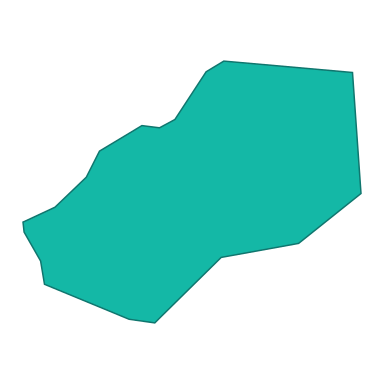 the district of Tonj East, Warrap, South Sudan
{"feature_id": "79223893B19595025939095", "entity_name": "Tonj East", "entity_type": "district", "adm_level": 2, "iso_a3": "SSD", "parent_name": "South Sudan", "parent_adm1": "Warrap", "projection": "orthographic", "projection_center": [29.157, 7.837], "detail": "fine", "context": "isolated", "style": "filled", "palette": "teal", "viewbox_px": 384, "rotation_deg": 0, "n_neighbors": 0, "source": "geoboundaries", "source_scale": "gbopen_adm2", "svg_char_len": 362}
<svg xmlns="http://www.w3.org/2000/svg" viewBox="0 0 384 384"><path d="M161.0,316.7L221.2,257.4L298.6,243.4L361.0,193.5L352.5,72.5L223.8,61.1L206.2,71.7L174.9,119.5L159.5,127.8L141.9,125.6L99.5,151.1L86.3,177.2L55.0,207.2L23.0,222.1L24.1,232.1L40.6,261.0L44.5,284.3L129.2,319.3L154.8,322.9L161.0,316.7Z" fill="#14b8a6" stroke="#0f766e" stroke-width="1.5"/></svg>